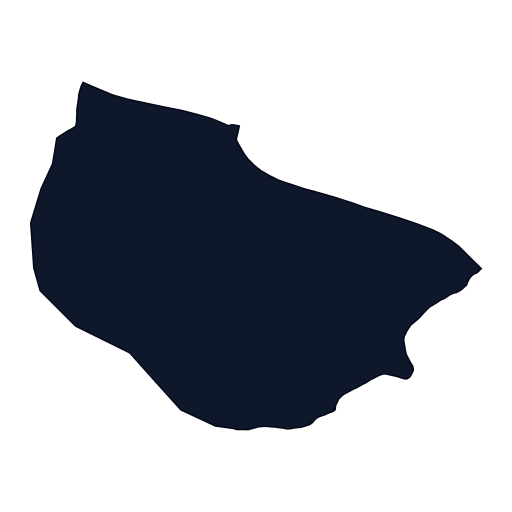 Delaide, Dennery, Saint Lucia
{"feature_id": "8701671B46031998027021", "entity_name": "Delaide", "entity_type": "district", "adm_level": 2, "iso_a3": "LCA", "parent_name": "Saint Lucia", "parent_adm1": "Dennery", "projection": "albers", "projection_center": [-60.905, 13.93], "detail": "fine", "context": "isolated", "style": "filled", "palette": "ink", "viewbox_px": 512, "rotation_deg": 0, "n_neighbors": 0, "source": "geoboundaries", "source_scale": "gbopen_adm2", "svg_char_len": 2455}
<svg xmlns="http://www.w3.org/2000/svg" viewBox="0 0 512 512"><path d="M83.1,82.4L81.2,86.2L79.9,90.5L78.7,94.9L78.6,97.7L78.2,100.2L77.8,103.6L77.3,106.6L76.9,109.2L76.9,112.1L76.9,114.0L76.8,116.3L76.6,118.5L76.7,120.4L76.4,123.0L75.8,126.0L74.2,127.4L72.2,128.5L70.3,129.7L67.3,131.2L63.8,133.5L60.5,135.5L57.6,137.7L56.8,138.0L52.6,163.8L41.2,188.5L30.7,222.9L33.8,268.0L40.1,290.6L75.6,326.1L129.8,352.9L153.8,379.8L180.9,409.9L215.4,426.0L232.2,428.3L233.4,428.5L235.0,429.0L237.1,429.5L241.7,429.5L245.3,429.6L248.4,429.6L251.1,428.8L254.6,427.9L258.2,426.8L262.9,426.4L265.7,426.3L269.0,426.5L271.8,426.9L275.3,427.0L279.5,427.7L283.7,428.1L286.1,428.8L290.2,428.8L293.8,428.0L297.2,427.6L300.7,427.3L303.3,426.6L306.1,425.7L309.7,424.5L312.3,422.7L314.6,420.0L316.7,417.9L318.2,417.1L321.9,415.7L325.0,414.7L328.1,413.2L330.0,412.5L333.2,411.3L335.3,409.5L335.3,407.9L335.5,406.2L335.9,404.8L337.3,402.0L338.5,399.3L340.7,396.9L343.4,394.5L346.2,393.0L349.0,391.5L353.6,389.0L356.5,387.8L360.3,385.6L363.8,383.7L365.6,382.9L369.0,380.7L371.6,379.1L373.8,378.1L376.1,376.9L378.5,375.7L380.7,374.7L384.0,373.8L386.1,374.0L390.1,374.9L393.3,375.6L398.3,376.8L401.8,378.1L405.0,378.9L407.4,378.7L409.6,377.2L410.6,375.7L411.9,373.3L413.2,370.6L413.3,369.1L412.7,366.1L411.3,363.9L409.7,361.2L408.2,358.1L406.9,355.8L406.1,353.9L405.2,349.7L404.8,346.9L403.8,341.2L403.8,339.3L404.2,336.5L405.6,333.5L406.7,331.2L409.2,327.3L411.0,324.8L414.4,322.0L417.6,319.3L419.7,317.4L422.7,314.0L423.6,313.0L427.1,309.3L429.8,306.8L433.6,304.6L436.5,302.8L440.6,300.1L443.0,299.0L444.9,298.1L449.5,295.0L453.5,293.1L456.7,292.4L459.7,290.8L462.1,289.1L464.4,286.9L466.5,285.1L467.3,282.7L468.3,280.7L469.7,278.0L472.1,275.4L473.9,274.1L477.1,272.7L481.3,268.6L473.8,261.3L458.9,246.5L452.5,241.6L441.6,234.3L433.2,230.1L418.3,224.4L411.8,222.1L407.0,220.5L400.4,218.3L382.4,212.6L370.2,209.0L364.2,207.3L353.0,203.2L342.1,199.7L336.0,197.7L315.6,191.8L303.9,188.7L292.1,184.7L284.0,182.1L277.7,179.8L268.8,175.3L260.8,170.6L254.7,165.8L247.9,159.0L244.4,154.3L238.3,143.8L236.2,139.6L238.4,130.3L239.3,126.0L233.8,124.9L230.7,124.9L228.5,125.8L221.0,122.5L216.3,120.5L209.9,118.1L199.5,115.1L184.7,111.2L180.5,110.2L175.5,109.2L168.1,107.8L151.8,104.4L148.5,103.7L145.1,103.0L129.8,99.7L126.1,98.8L113.8,95.3L111.5,94.5L103.0,90.9L100.5,89.9L98.2,88.9L96.8,88.3L90.4,85.6L88.1,84.6L84.9,83.2L83.1,82.4Z" fill="#0f172a" stroke="#020617" stroke-width="1.5"/></svg>